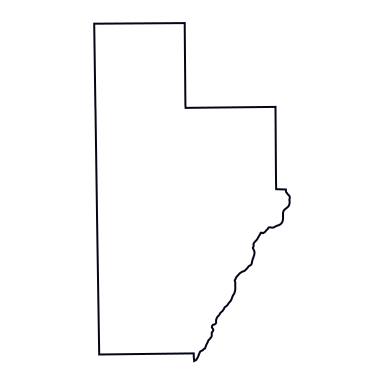 Martires, Chubut, Argentina (Natural Earth projection)
{"feature_id": "61730980B5870054171142", "entity_name": "Martires", "entity_type": "district", "adm_level": 2, "iso_a3": "ARG", "parent_name": "Argentina", "parent_adm1": "Chubut", "projection": "natural_earth1", "projection_center": [-66.778, -43.8], "detail": "fine", "context": "isolated", "style": "outline", "palette": "ink", "viewbox_px": 384, "rotation_deg": 0, "n_neighbors": 0, "source": "geoboundaries", "source_scale": "gbopen_adm2", "svg_char_len": 3454}
<svg xmlns="http://www.w3.org/2000/svg" viewBox="0 0 384 384"><path d="M184.7,23.0L182.2,23.1L94.2,23.7L95.4,107.6L95.5,110.0L97.2,227.8L99.2,354.5L184.2,353.5L193.7,353.4L193.8,357.0L194.2,361.0L194.9,360.6L195.7,360.3L196.3,359.7L197.0,358.5L197.5,357.9L197.9,357.2L198.1,356.4L198.4,355.8L198.8,355.1L198.8,354.4L199.2,353.7L199.6,353.0L199.9,352.1L200.4,351.4L201.6,350.7L202.4,350.5L203.0,350.0L203.5,349.3L204.1,348.8L204.8,348.7L205.3,347.7L205.6,346.9L205.9,346.2L206.1,345.3L206.5,344.5L206.8,343.9L207.2,343.2L207.5,342.5L207.9,341.8L208.1,341.0L208.5,340.3L209.0,339.8L209.6,339.2L210.4,338.1L211.0,337.5L211.5,336.6L211.7,335.9L211.8,334.5L211.7,333.8L211.7,333.0L212.1,332.1L212.7,331.5L213.0,330.8L213.3,330.1L212.9,328.8L212.4,328.1L211.9,327.5L211.9,326.7L212.1,326.0L212.5,325.3L213.1,324.7L213.9,324.6L214.7,324.4L215.4,323.9L215.9,323.3L216.1,322.5L216.1,321.8L216.1,321.0L216.1,320.0L216.3,319.3L216.6,318.5L216.9,317.8L217.3,317.1L218.2,316.0L218.8,315.5L219.3,314.9L219.7,314.2L220.0,313.5L220.5,312.8L221.1,312.3L221.7,311.7L222.3,311.2L222.8,310.6L223.3,309.9L223.7,309.3L224.1,308.6L224.4,307.8L224.8,307.2L225.5,306.7L226.2,306.2L226.8,305.7L227.4,305.1L227.9,304.5L228.3,303.8L228.7,303.1L229.3,302.5L229.8,301.9L230.3,301.3L230.8,300.7L231.2,300.0L231.5,299.3L231.8,298.5L232.0,297.8L232.3,297.1L232.6,296.3L232.9,295.6L233.3,294.9L233.8,294.3L234.2,293.6L234.5,292.9L234.7,292.1L234.9,291.4L235.1,290.6L235.2,289.9L235.3,289.1L235.3,288.3L235.3,287.5L235.3,286.8L235.2,286.0L235.2,285.2L235.2,284.4L235.3,283.7L235.3,282.9L235.2,282.1L235.0,281.3L234.7,280.6L234.9,280.0L235.4,279.3L235.7,278.6L236.0,277.8L236.4,277.1L236.9,276.5L237.4,275.9L238.0,275.3L238.5,274.7L239.0,274.1L239.6,273.5L240.2,273.0L240.9,272.5L241.6,272.1L242.3,271.7L243.1,271.4L243.9,271.1L244.7,270.7L245.3,270.2L245.9,269.6L246.4,269.0L247.0,268.5L247.5,267.8L248.0,267.2L248.5,266.5L249.0,266.0L249.8,265.6L250.5,265.2L251.2,264.7L251.5,264.1L251.8,263.4L251.9,262.6L252.0,261.8L252.2,261.1L252.4,260.3L252.6,259.6L252.9,258.8L253.2,258.1L253.4,257.4L253.6,256.6L253.9,255.9L254.2,255.1L254.3,254.4L254.4,253.6L254.5,252.8L254.5,252.0L254.3,251.3L254.1,250.6L253.7,249.8L253.4,249.1L253.0,248.4L252.9,247.7L253.3,247.0L253.6,246.2L253.7,245.5L253.4,244.7L253.5,244.0L253.9,243.3L254.2,242.6L254.7,242.0L255.3,241.4L255.9,240.8L256.4,240.2L256.9,239.6L257.4,239.0L257.7,238.2L258.1,237.6L258.5,236.9L258.9,236.2L259.3,235.5L259.8,234.8L260.2,234.2L260.4,233.6L260.6,233.0L261.1,232.6L261.8,232.7L262.3,233.1L263.0,233.2L263.7,232.7L264.5,232.4L265.5,231.4L266.0,230.6L266.6,230.0L267.7,229.1L268.1,228.4L268.5,227.6L269.3,227.3L270.0,227.4L270.9,227.5L272.4,227.6L273.2,227.6L274.0,227.3L275.4,226.5L276.1,226.1L277.1,225.7L277.9,225.5L278.7,225.2L279.5,224.8L280.2,224.4L280.9,223.9L281.4,223.3L281.9,222.7L282.5,221.4L282.7,220.7L282.9,219.9L283.0,218.9L283.0,217.6L283.0,216.6L283.0,215.8L283.0,215.1L283.0,213.7L283.1,212.7L283.2,212.0L283.5,211.2L283.8,210.5L284.8,209.5L285.4,208.9L286.1,208.4L286.7,207.9L287.3,207.4L288.1,206.7L288.6,206.1L289.2,204.8L289.4,203.9L289.6,203.1L289.6,202.3L289.6,201.0L289.4,200.2L289.4,199.4L289.7,198.7L289.8,197.8L289.7,197.0L289.5,196.2L289.1,195.5L288.5,195.0L287.5,194.0L287.1,193.3L286.6,192.6L286.1,192.0L285.9,191.1L285.9,190.3L285.9,189.5L276.2,189.2L276.1,186.5L276.0,178.5L275.9,166.4L275.5,106.9L191.8,107.8L185.6,107.9L185.4,105.0L184.7,23.0Z" fill="none" stroke="#020617" stroke-width="2"/></svg>